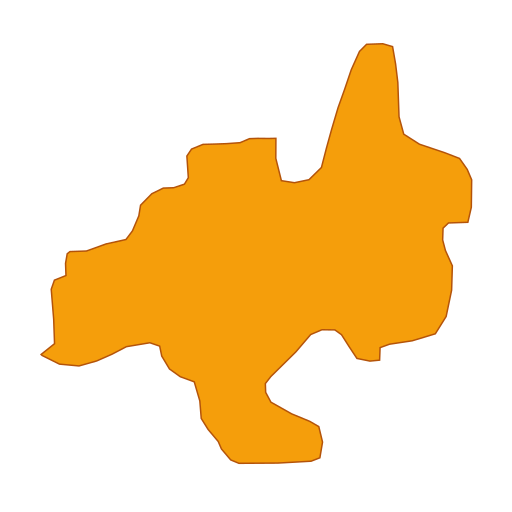 Tuzla, Equal Earth projection, rotated 88°
{"feature_id": "BIH-2887", "entity_name": "Tuzla", "entity_type": "Canton", "adm_level": 1, "iso_a3": "BIH", "parent_name": "Bosnia and Herzegovina", "parent_adm1": "", "projection": "equal_earth", "projection_center": [18.577, 44.534], "detail": "fine", "context": "isolated", "style": "filled", "palette": "amber", "viewbox_px": 512, "rotation_deg": 88, "n_neighbors": 0, "source": "natural_earth", "source_scale": "10m", "svg_char_len": 1442}
<svg xmlns="http://www.w3.org/2000/svg" viewBox="0 0 512 512"><g transform="rotate(88 256 256)"><path d="M139.1,232.0L159.1,232.8L181.6,228.0L184.1,215.0L181.6,200.4L169.8,187.5L150.5,181.8L132.4,176.1L110.6,168.8L92.5,161.6L73.2,154.3L55.1,145.4L48.3,138.1L48.3,121.9L51.5,112.2L68.9,109.8L87.6,108.2L121.9,108.2L139.4,104.1L150.0,88.7L159.4,63.7L165.6,49.2L176.8,41.9L187.4,37.8L214.8,39.1L229.7,43.1L229.7,56.0L229.7,62.5L234.7,68.1L246.5,68.9L257.1,66.5L272.7,60.1L297.0,61.7L323.1,68.1L340.0,79.5L346.2,102.9L348.8,125.6L351.9,135.2L364.4,136.1L365.0,145.8L361.9,158.7L350.0,166.0L337.6,173.3L332.6,179.8L332.0,192.7L336.4,204.1L353.2,219.5L377.0,245.4L383.8,251.1L392.6,251.1L402.6,246.2L415.0,225.9L423.1,208.1L428.7,199.2L444.3,196.0L459.9,199.2L463.0,208.1L463.6,236.4L463.7,241.4L462.6,280.3L458.9,288.4L447.6,297.3L440.1,300.2L427.7,309.9L416.4,316.4L398.9,317.2L379.6,322.1L374.0,335.9L365.9,346.4L352.7,353.7L342.7,355.4L339.0,365.1L342.1,388.7L349.1,403.3L355.3,418.8L359.7,436.7L357.2,456.2L347.9,473.3L346.9,474.2L336.6,460.4L312.3,460.4L282.1,461.8L273.1,458.3L268.9,446.6L256.7,446.6L247.2,444.6L245.1,441.8L245.1,425.3L238.7,405.4L235.0,385.4L226.6,378.6L211.8,371.7L201.2,369.6L190.1,357.9L184.9,346.3L184.9,336.0L181.7,325.0L175.4,320.9L153.7,321.6L146.9,316.7L142.6,305.1L142.7,293.4L142.7,281.8L142.2,268.0L138.5,258.4L138.5,250.2L139.0,239.2L139.1,232.0Z" fill="#f59e0b" stroke="#b45309" stroke-width="1.5"/></g></svg>